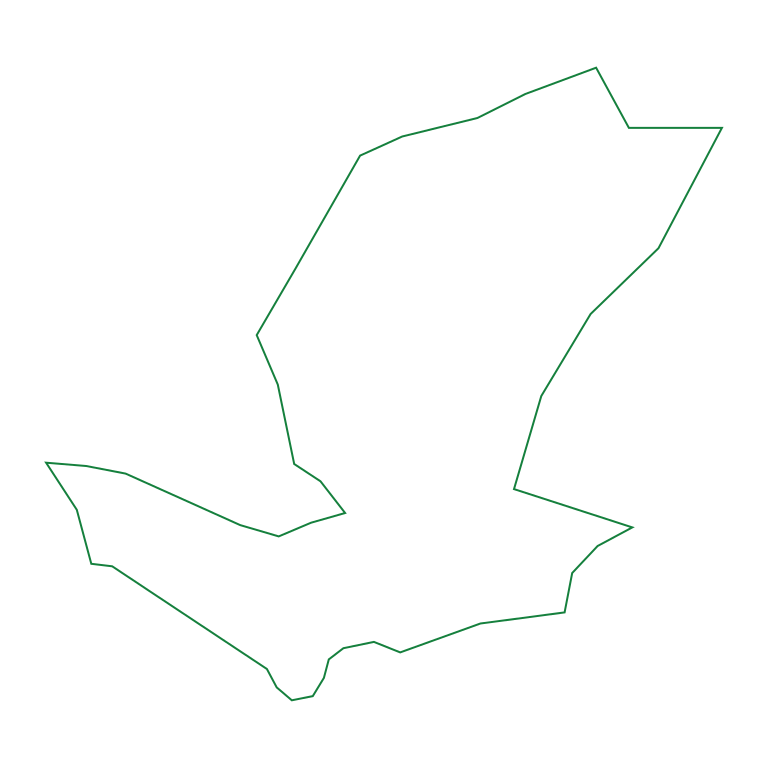 Ibanda, orthographic projection
{"feature_id": "UGA-3369", "entity_name": "Ibanda", "entity_type": "County", "adm_level": 1, "iso_a3": "UGA", "parent_name": "Uganda", "parent_adm1": "", "projection": "orthographic", "projection_center": [30.484, -0.063], "detail": "fine", "context": "isolated", "style": "outline", "palette": "green", "viewbox_px": 768, "rotation_deg": 0, "n_neighbors": 0, "source": "natural_earth", "source_scale": "10m", "svg_char_len": 625}
<svg xmlns="http://www.w3.org/2000/svg" viewBox="0 0 768 768"><path d="M564.6,612.4L480.4,623.5L400.2,652.4L373.9,641.9L343.4,648.2L328.8,659.4L323.9,677.9L312.8,696.1L291.8,700.3L276.7,687.4L266.9,669.0L148.9,590.7L112.2,566.3L91.3,563.8L76.8,509.8L46.1,462.7L86.1,466.0L125.6,473.6L240.2,525.1L278.7,536.4L311.1,522.7L345.1,513.0L320.5,481.3L294.2,464.0L277.8,384.6L256.7,335.1L295.3,268.9L360.1,155.6L402.2,136.5L477.4,118.0L525.3,94.0L596.1,67.7L628.9,127.9L721.9,127.9L658.5,248.2L590.6,314.0L541.3,396.0L514.0,489.1L632.3,527.4L597.6,546.0L572.2,573.0L564.6,612.4Z" fill="none" stroke="#15803d" stroke-width="2"/></svg>